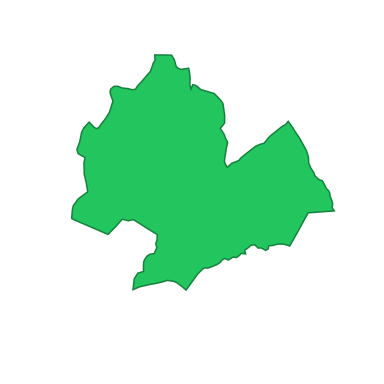 the district of Florânia, Rio Grande do Norte, Brazil, rotated 306°
{"feature_id": "56859067B70740339251141", "entity_name": "Florânia", "entity_type": "district", "adm_level": 2, "iso_a3": "BRA", "parent_name": "Brazil", "parent_adm1": "Rio Grande do Norte", "projection": "orthographic", "projection_center": [-36.81, -6.18], "detail": "fine", "context": "isolated", "style": "filled", "palette": "green", "viewbox_px": 384, "rotation_deg": 306, "n_neighbors": 0, "source": "geoboundaries", "source_scale": "gbopen_adm2", "svg_char_len": 2214}
<svg xmlns="http://www.w3.org/2000/svg" viewBox="0 0 384 384"><g transform="rotate(306 192 192)"><path d="M273.4,301.6L273.7,298.7L275.4,295.7L277.7,290.9L276.6,287.3L277.5,281.5L279.4,279.0L281.2,274.1L284.1,269.3L288.4,266.0L292.6,260.5L296.2,253.0L299.0,246.9L301.4,240.1L303.4,235.3L305.7,228.3L301.8,228.1L297.2,226.1L282.7,222.2L273.7,221.6L270.8,219.2L266.5,216.6L251.5,212.3L248.2,211.5L245.0,211.3L241.6,209.3L238.7,207.3L232.7,206.0L234.1,202.8L235.9,200.1L239.8,198.0L243.4,196.3L246.7,194.4L253.0,191.8L255.6,186.8L257.4,184.4L258.6,181.4L260.1,177.4L263.4,177.8L267.0,177.8L273.3,173.3L281.9,164.9L283.4,160.0L284.7,152.0L283.4,148.6L282.7,146.1L281.6,143.2L280.0,138.8L280.5,134.4L280.3,131.8L279.2,129.5L274.6,130.7L277.4,127.3L280.3,125.4L283.0,123.6L287.0,119.9L290.2,116.5L287.8,114.2L284.6,110.9L284.0,107.9L284.3,105.3L288.5,100.2L290.7,95.0L285.6,87.7L282.8,83.8L281.0,81.3L276.8,84.7L272.9,85.0L270.5,85.9L265.3,87.4L258.8,86.9L252.5,86.4L245.4,85.6L241.9,85.9L239.4,83.2L238.2,79.7L235.1,74.4L234.0,69.9L231.7,66.8L227.8,65.8L225.3,66.5L223.1,68.6L219.1,74.6L208.1,78.3L200.5,78.9L192.7,78.6L189.2,78.7L187.0,77.4L186.8,74.8L188.1,67.7L180.2,66.8L175.4,67.6L169.8,70.2L166.8,71.6L158.7,73.9L156.1,77.4L157.0,85.2L152.3,87.3L143.1,94.3L137.1,101.2L130.9,107.5L119.5,104.0L111.2,104.0L107.2,105.7L102.2,108.8L99.8,110.2L100.5,114.3L108.3,149.0L119.0,150.6L129.0,151.6L131.3,157.4L135.2,160.8L136.1,175.4L137.1,188.9L132.8,191.8L129.0,193.0L126.2,196.3L119.8,197.6L117.1,194.6L113.9,193.4L110.7,193.3L107.3,193.9L104.1,195.8L99.2,199.5L94.6,195.9L87.8,196.3L78.3,201.7L84.4,205.3L93.2,212.9L96.0,215.8L101.6,220.7L106.0,224.0L109.0,229.7L109.7,232.9L109.6,239.5L109.2,244.9L129.0,244.8L135.4,245.8L138.2,246.9L139.7,249.5L143.4,252.1L148.2,255.0L151.9,256.3L154.6,256.2L157.6,257.8L158.3,261.4L163.4,263.4L165.3,266.7L168.5,267.6L171.4,268.0L173.4,271.8L175.9,268.8L179.4,270.1L183.4,271.0L186.1,273.6L185.6,278.6L187.4,280.8L188.1,286.0L190.8,287.1L193.4,285.7L196.5,289.0L199.8,291.5L203.2,296.0L204.7,299.4L205.7,302.8L221.5,301.0L243.4,298.2L260.3,318.2L261.7,314.7L265.2,312.7L267.9,309.3L269.8,306.2L271.9,304.3L273.4,301.6Z" fill="#22c55e" stroke="#15803d" stroke-width="1.5"/></g></svg>